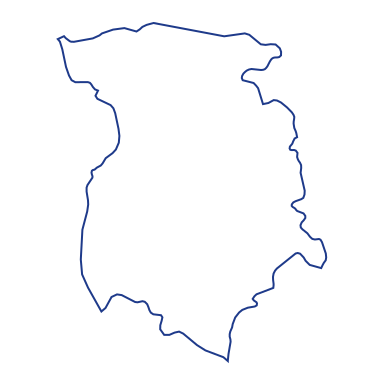 SVG path tracing the border of Marijampoles
{"feature_id": "LTU-1070", "entity_name": "Marijampoles", "entity_type": "County", "adm_level": 1, "iso_a3": "LTU", "parent_name": "Lithuania", "parent_adm1": "", "projection": "mercator", "projection_center": [23.274, 54.666], "detail": "fine", "context": "isolated", "style": "outline", "palette": "blue", "viewbox_px": 384, "rotation_deg": 0, "n_neighbors": 0, "source": "natural_earth", "source_scale": "10m", "svg_char_len": 2724}
<svg xmlns="http://www.w3.org/2000/svg" viewBox="0 0 384 384"><path d="M137.5,302.3L135.1,302.0L121.7,295.1L117.0,294.4L111.5,297.0L111.2,297.6L105.5,308.0L101.4,311.5L88.0,287.6L82.1,274.4L80.8,259.5L82.4,229.7L87.2,211.5L88.2,204.5L88.0,200.3L86.6,191.6L86.6,187.6L87.5,185.0L92.4,177.7L92.5,176.2L91.9,174.5L91.5,172.6L91.9,170.8L92.7,170.1L94.6,169.6L96.9,167.6L100.8,165.5L102.6,163.4L105.7,158.2L112.6,153.1L115.9,149.5L118.8,142.7L119.4,135.9L118.5,128.8L115.2,113.2L113.4,108.3L110.6,105.1L97.4,98.8L95.5,95.8L98.0,90.6L95.0,89.4L92.9,87.0L91.3,84.4L89.9,82.8L87.8,82.1L75.3,82.2L71.6,80.2L69.0,75.5L66.0,66.9L62.3,49.3L59.9,41.6L57.8,39.1L64.0,36.2L65.8,38.2L69.8,41.2L71.1,41.7L74.0,41.8L92.8,38.4L99.5,35.4L102.0,33.4L113.1,29.6L124.4,28.1L136.5,31.5L139.7,29.4L142.4,26.9L146.6,24.9L153.5,23.0L224.2,36.3L244.8,33.4L249.3,34.8L260.8,44.3L265.6,44.9L270.7,44.2L275.6,44.5L279.8,48.3L281.1,51.8L281.0,55.4L279.3,57.0L277.7,57.4L274.8,57.5L273.4,57.8L272.3,58.4L271.3,59.3L269.9,61.4L267.4,66.3L266.1,68.0L264.8,69.2L263.1,69.8L261.1,70.0L251.5,69.0L249.0,69.5L246.7,70.6L245.1,71.9L243.4,73.6L242.1,76.0L241.8,78.0L242.7,80.2L253.6,83.0L256.1,85.6L258.1,88.2L263.0,104.1L268.4,103.0L273.7,100.1L277.0,100.5L281.0,102.5L287.0,107.4L291.9,112.4L293.5,114.8L294.3,116.9L294.1,119.1L293.7,121.5L293.6,123.6L294.3,128.0L295.7,131.2L296.3,133.1L297.1,137.2L294.6,138.5L294.1,139.6L293.2,141.3L292.3,143.7L289.9,146.6L289.6,148.5L290.3,149.8L291.9,150.1L294.1,150.0L295.8,150.6L297.5,152.9L297.1,157.0L297.9,159.4L299.0,161.4L299.9,162.5L301.1,165.1L301.2,168.0L300.6,172.8L304.7,190.7L304.5,194.5L303.3,197.9L301.2,199.2L295.6,201.2L293.3,202.4L291.8,204.4L291.7,205.9L292.7,207.0L294.1,207.8L295.3,208.7L296.1,209.9L297.2,211.0L303.5,213.4L305.3,215.9L305.3,218.0L303.7,220.3L301.7,222.4L300.5,225.2L300.8,227.5L302.4,229.3L307.4,233.3L310.0,236.8L312.3,238.9L314.9,239.5L319.0,239.0L320.5,239.7L322.0,242.2L325.8,253.5L326.2,257.5L325.7,260.3L323.8,262.9L322.6,265.1L321.2,268.1L309.7,264.9L305.6,260.8L303.7,257.5L300.1,253.7L297.7,253.0L295.6,253.5L276.9,268.5L275.1,270.6L273.6,273.5L273.0,276.9L273.1,279.9L273.6,283.9L273.6,285.2L273.3,287.9L256.5,294.3L254.4,296.3L252.7,298.9L253.8,300.4L256.5,302.3L257.0,303.4L256.7,305.4L254.8,306.5L247.8,307.7L242.3,309.9L239.1,312.5L235.2,317.5L232.7,324.1L232.1,327.4L230.3,331.5L229.7,334.1L229.7,336.7L230.4,339.3L230.6,341.7L228.5,354.0L227.8,360.9L227.8,361.0L223.4,357.2L205.4,350.4L197.0,345.1L183.2,333.6L179.1,331.6L174.6,332.6L169.3,334.9L164.2,334.9L160.2,329.3L160.3,325.2L161.6,320.9L162.4,317.3L161.0,315.2L153.3,314.3L150.8,312.6L149.4,310.1L148.4,307.1L147.2,304.2L144.8,301.8L142.5,301.2L137.5,302.3Z" fill="none" stroke="#1e3a8a" stroke-width="2"/></svg>